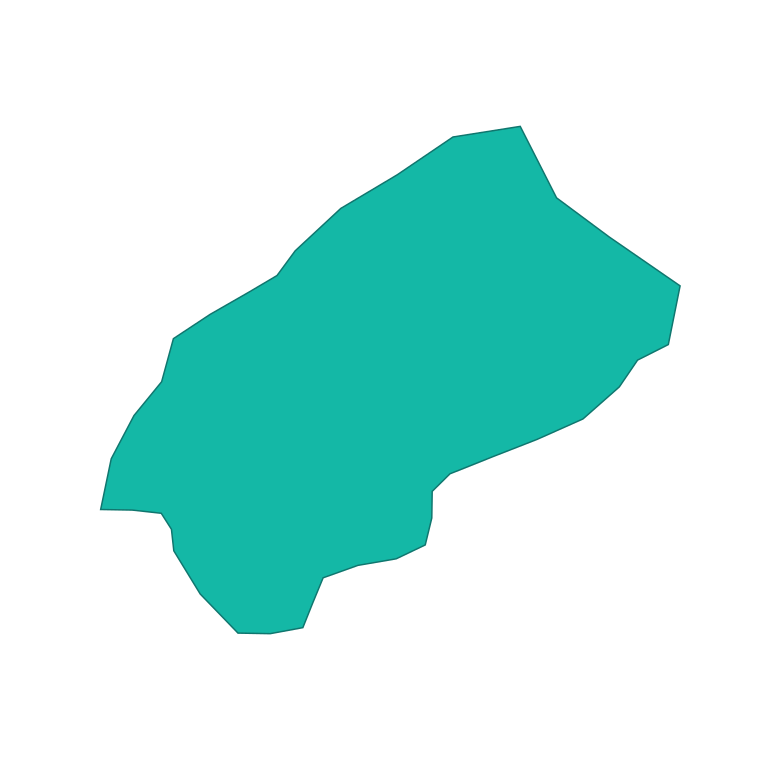 the border of Göyçay, rotated 311°
{"feature_id": "AZE-1703", "entity_name": "Göyçay", "entity_type": "District", "adm_level": 1, "iso_a3": "AZE", "parent_name": "Azerbaijan", "parent_adm1": "", "projection": "albers", "projection_center": [47.787, 40.558], "detail": "fine", "context": "isolated", "style": "filled", "palette": "teal", "viewbox_px": 768, "rotation_deg": 311, "n_neighbors": 0, "source": "natural_earth", "source_scale": "10m", "svg_char_len": 639}
<svg xmlns="http://www.w3.org/2000/svg" viewBox="0 0 768 768"><g transform="rotate(311 384 384)"><path d="M642.7,457.3L652.3,543.1L600.3,572.7L568.4,559.7L536.2,563.5L488.2,557.1L442.7,535.9L401.1,514.1L359.5,492.7L334.6,490.8L314.2,508.0L289.6,520.7L260.1,507.9L230.0,483.3L197.8,465.2L171.6,474.0L146.9,482.6L120.9,461.9L100.2,437.2L104.9,383.2L120.2,334.8L134.9,318.9L140.3,300.7L123.6,276.6L103.4,252.5L148.6,227.2L196.2,216.0L239.8,214.7L280.1,195.3L322.5,207.1L364.2,221.6L395.7,232.1L426.3,229.6L488.2,236.2L550.5,256.7L615.7,274.0L667.8,317.8L637.7,392.1L642.7,457.3Z" fill="#14b8a6" stroke="#0f766e" stroke-width="1.5"/></g></svg>